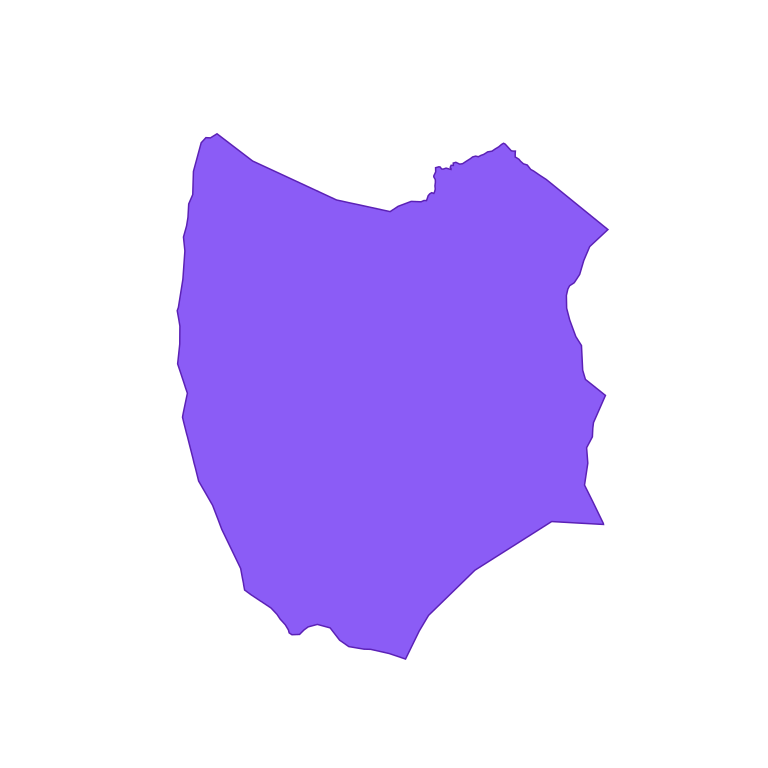 Akwanga, Nassarawa, Nigeria, rotated 200°
{"feature_id": "59680162B44141715713069", "entity_name": "Akwanga", "entity_type": "district", "adm_level": 2, "iso_a3": "NGA", "parent_name": "Nigeria", "parent_adm1": "Nassarawa", "projection": "albers", "projection_center": [8.354, 9.0], "detail": "fine", "context": "isolated", "style": "filled", "palette": "violet", "viewbox_px": 768, "rotation_deg": 200, "n_neighbors": 0, "source": "geoboundaries", "source_scale": "gbopen_adm2", "svg_char_len": 2283}
<svg xmlns="http://www.w3.org/2000/svg" viewBox="0 0 768 768"><g transform="rotate(200 384 384)"><path d="M129.7,327.1L130.2,328.0L146.9,344.2L161.0,357.6L165.4,379.3L171.8,393.4L170.1,405.6L172.7,414.0L174.0,419.7L173.9,419.9L172.0,449.0L196.3,457.2L202.0,464.9L211.6,487.7L220.0,494.2L231.4,507.7L238.3,517.7L242.9,529.6L243.7,536.1L243.2,539.8L239.9,544.2L238.8,548.7L237.6,553.9L238.5,568.4L237.7,583.5L232.0,594.7L226.4,605.7L301.5,631.7L308.9,633.4L316.2,635.3L319.5,635.8L324.3,638.8L328.3,638.6L331.8,640.0L334.0,641.3L337.0,642.0L338.3,642.1L339.5,645.3L340.2,647.8L342.4,647.0L344.2,646.7L352.2,650.9L354.0,651.1L355.5,649.3L357.3,646.1L359.9,642.9L362.2,639.7L366.0,637.6L367.4,635.7L369.0,633.7L371.0,632.1L373.1,629.8L375.8,629.5L378.4,627.7L379.9,625.3L383.0,621.3L385.5,617.9L388.1,616.5L392.3,616.9L394.5,615.3L393.6,613.1L394.6,612.8L395.7,612.5L395.8,611.4L395.9,610.3L394.6,609.3L394.4,608.5L399.5,608.1L402.0,606.1L403.5,605.8L405.4,607.1L406.7,606.9L409.5,604.9L408.0,601.0L408.2,598.6L408.4,596.9L408.1,595.7L405.7,593.6L404.7,591.1L403.9,587.6L402.5,584.7L402.2,582.1L402.4,580.1L404.6,580.1L406.0,578.4L406.9,576.1L406.8,572.8L406.8,570.9L409.2,570.1L411.5,567.9L420.9,564.9L431.5,555.8L437.2,548.1L445.1,547.0L469.7,543.7L478.8,542.4L485.8,541.5L491.4,540.7L492.7,540.8L547.3,545.5L583.7,548.6L626.5,562.0L631.3,555.9L635.6,554.6L638.3,548.2L635.8,518.6L628.5,496.6L629.1,486.4L625.2,473.5L623.6,465.1L622.7,453.5L616.6,440.9L608.8,413.6L603.4,385.6L603.4,382.2L598.7,374.1L595.6,368.6L589.6,351.7L589.0,349.3L584.8,332.3L579.3,325.4L572.5,316.8L569.1,312.4L565.6,308.1L562.7,288.0L562.0,283.9L558.7,278.9L555.9,274.8L552.3,269.5L550.7,267.3L546.9,261.7L546.3,260.8L538.1,248.8L535.5,244.8L532.6,240.7L525.0,229.4L518.7,224.1L511.9,218.4L503.5,211.3L501.5,209.0L494.8,201.3L494.5,201.0L488.1,193.5L486.7,191.9L479.3,184.7L464.1,169.9L455.6,161.6L450.6,153.1L447.7,148.3L447.4,147.6L444.5,142.7L436.6,140.4L413.7,134.9L405.7,130.9L401.1,127.5L394.4,124.0L389.7,120.2L388.0,117.7L384.8,116.9L377.7,119.8L375.0,125.6L372.2,129.8L364.4,135.3L351.2,136.4L338.1,128.1L327.3,125.2L312.1,128.0L305.8,130.1L287.0,132.5L269.7,132.9L266.4,164.0L263.0,181.8L234.9,240.1L179.4,312.1L155.1,319.4L129.7,327.1Z" fill="#8b5cf6" stroke="#5b21b6" stroke-width="1.5"/></g></svg>